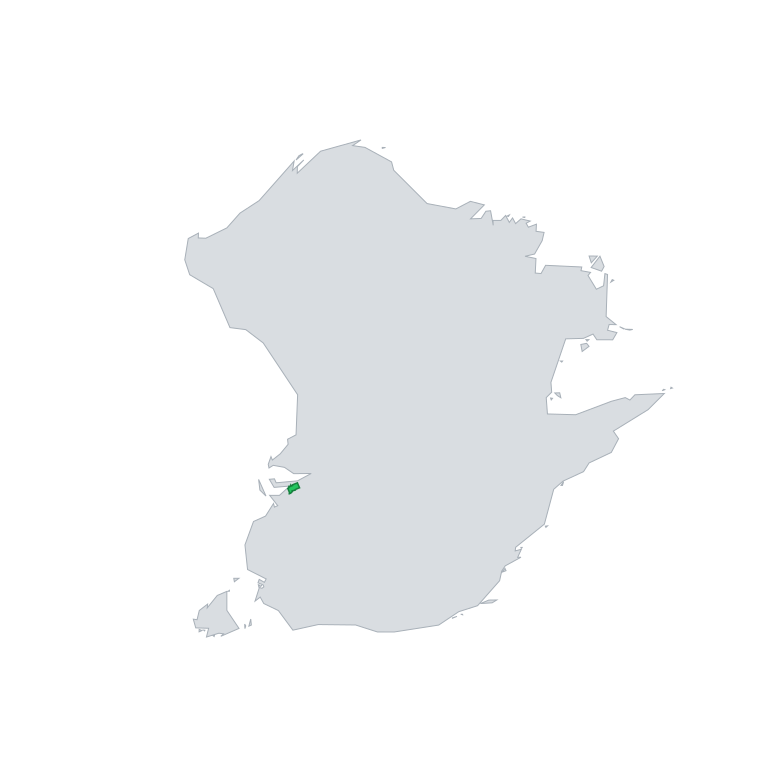 Wakefield, South Australia, Australia (highlighted), rotated 68°
{"feature_id": "25037944B28741170589797", "entity_name": "Wakefield", "entity_type": "district", "adm_level": 2, "iso_a3": "AUS", "parent_name": "Australia", "parent_adm1": "South Australia", "projection": "equal_earth", "projection_center": [138.381, -34.007], "detail": "fine", "context": "in_parent", "style": "filled", "palette": "green", "viewbox_px": 768, "rotation_deg": 68, "n_neighbors": 0, "source": "geoboundaries", "source_scale": "gbopen_adm2", "svg_char_len": 4970}
<svg xmlns="http://www.w3.org/2000/svg" viewBox="0 0 768 768"><g transform="rotate(68 384 384)"><path d="M506.7,148.7L513.6,189.0L522.6,187.0L532.6,198.9L534.0,223.4L540.0,231.8L541.1,254.4L545.2,266.1L574.0,287.8L584.7,323.1L587.9,324.9L588.7,318.6L594.8,325.0L595.9,321.9L598.0,339.7L601.6,345.0L609.7,350.5L624.6,380.3L623.1,400.0L628.0,423.6L617.8,467.2L611.5,482.9L596.8,500.6L582.4,535.1L578.1,560.7L554.5,566.8L542.5,577.7L535.2,578.6L537.0,584.9L526.0,575.8L527.7,573.7L527.1,571.4L525.0,571.3L521.1,575.3L518.4,572.9L523.1,569.2L520.6,566.3L504.9,580.0L481.1,573.2L462.6,556.5L462.1,543.3L453.4,531.2L457.1,531.7L457.0,528.1L444.4,531.7L448.1,522.7L443.3,509.6L438.7,524.6L429.4,526.0L430.9,521.1L435.2,521.0L441.4,500.5L439.7,485.0L433.3,501.3L424.0,507.5L417.9,517.2L418.8,522.1L415.1,521.4L409.0,516.0L412.7,516.0L409.9,506.4L404.0,495.5L399.1,494.1L398.2,484.6L361.6,468.1L300.7,480.6L281.8,491.8L274.0,505.7L231.6,506.6L209.9,523.2L194.2,522.2L175.8,511.0L174.6,499.5L179.0,501.5L182.1,494.6L180.4,471.2L171.6,453.5L167.2,431.1L143.6,383.8L151.8,388.9L146.2,374.4L150.0,382.9L156.1,385.5L144.4,355.6L149.1,313.9L151.2,323.8L157.5,313.0L180.9,293.8L189.5,294.9L232.8,276.5L248.6,251.8L247.0,235.5L255.5,223.9L263.3,241.9L266.9,231.9L262.0,224.8L263.3,220.3L277.8,223.3L273.2,221.6L276.1,214.4L273.3,208.1L281.1,207.3L278.2,202.6L284.6,201.9L282.2,195.1L287.7,187.4L288.2,192.0L292.7,191.4L292.9,182.8L299.4,185.8L303.4,178.8L310.4,183.7L319.9,195.7L318.4,205.4L324.6,196.1L337.8,202.2L340.4,197.0L334.5,189.7L349.6,156.8L352.7,158.9L357.9,150.7L359.8,154.2L375.7,151.6L375.2,143.6L364.4,137.8L366.2,135.7L404.7,152.8L415.9,146.6L413.2,153.0L417.9,156.6L423.6,148.8L428.7,155.4L422.7,170.1L416.0,171.5L416.4,182.0L410.2,198.6L445.0,228.6L454.4,231.6L457.4,238.7L473.0,243.7L484.3,217.8L485.2,179.7L487.0,165.4L491.0,162.0L488.0,155.4L497.8,127.7L506.7,148.7ZM517.4,607.4L535.0,614.5L556.3,610.0L556.8,629.8L555.5,626.3L553.2,630.5L552.1,643.4L544.8,638.1L539.6,649.9L530.6,648.9L532.5,645.6L524.8,640.1L522.0,630.0L525.4,631.8L517.6,617.8L517.4,607.4ZM346.4,135.9L357.5,135.9L360.9,140.0L353.6,148.3L346.4,135.9ZM425.5,536.0L443.7,535.4L435.9,538.8L425.5,536.0ZM425.9,179.8L428.1,188.1L421.1,186.7L422.2,180.9L425.9,179.8ZM623.7,376.8L623.6,367.8L626.5,360.3L627.4,365.7L623.7,376.8ZM552.0,595.6L557.8,597.3L557.9,600.0L552.0,595.6ZM345.3,138.3L349.3,146.4L342.2,145.9L345.3,138.3ZM511.3,596.8L507.9,596.1L509.8,591.3L511.3,596.8ZM463.0,225.2L459.7,227.6L456.3,229.0L458.0,224.4L463.0,225.2ZM143.4,381.7L140.5,377.4L140.0,373.3L140.4,373.1L143.4,381.7ZM556.5,602.8L558.7,604.6L554.4,603.1L556.5,602.8ZM600.3,340.9L602.8,340.8L602.7,344.8L600.3,340.9ZM541.9,254.1L544.9,256.5L544.3,257.9L541.9,254.1ZM544.4,645.1L544.5,648.3L542.3,647.3L544.4,645.1ZM626.8,403.4L626.8,408.3L626.5,408.2L626.8,403.4ZM374.5,135.5L372.7,133.3L373.9,132.1L374.5,135.5ZM426.1,135.9L423.4,140.1L426.6,132.9L426.1,135.9ZM627.5,397.5L626.2,399.1L627.0,397.4L627.5,397.5ZM430.3,211.0L428.8,211.8L429.6,209.8L430.3,211.0ZM420.4,179.6L418.5,180.1L419.6,177.5L420.4,179.6ZM165.3,294.0L164.9,297.3L164.0,297.0L165.3,294.0ZM494.5,125.8L494.4,128.6L493.7,126.6L494.5,125.8ZM525.0,572.6L525.4,574.1L524.8,573.6L525.0,572.6ZM422.7,141.2L419.1,144.1L422.8,140.5L422.7,141.2ZM282.4,191.1L281.1,193.1L281.9,190.8L282.4,191.1ZM545.7,642.8L544.6,643.4L545.2,642.3L545.7,642.8ZM461.4,234.9L459.4,234.8L460.4,233.1L461.4,234.9ZM275.3,205.9L274.4,206.9L274.2,204.4L275.3,205.9ZM554.5,636.1L552.9,637.0L553.5,635.3L554.5,636.1ZM495.8,118.1L495.6,120.0L494.5,119.1L495.8,118.1ZM524.0,574.6L525.5,576.1L523.0,575.7L524.0,574.6ZM577.6,287.6L576.2,287.7L576.8,285.5L577.6,287.6ZM587.6,318.3L586.8,318.3L587.4,316.7L587.6,318.3ZM518.2,604.9L517.8,606.2L517.4,604.6L518.2,604.9Z" fill="#d9dde1" stroke="#a8b0b8" stroke-width="1"/><path d="M449.5,513.0L449.5,512.9L449.8,512.9L449.9,512.7L450.0,512.6L450.3,512.6L450.3,512.4L450.2,512.4L450.1,512.2L450.2,512.3L450.2,512.2L450.3,512.0L450.3,511.8L450.3,511.7L450.2,511.6L450.2,511.4L450.2,511.2L450.1,510.9L450.0,510.7L450.0,510.4L449.9,510.3L449.7,510.3L449.6,510.1L449.6,509.8L449.5,509.6L449.4,509.5L449.3,509.2L449.2,509.2L449.1,509.3L449.0,509.2L448.9,509.2L448.7,509.2L448.8,508.1L448.9,507.8L449.0,506.9L449.1,506.6L449.1,506.2L448.8,506.3L448.7,505.7L448.6,505.1L448.6,504.8L448.4,503.9L448.6,503.8L448.6,503.7L448.5,503.4L448.6,503.2L448.6,502.9L448.6,502.7L448.5,502.1L448.5,501.9L448.6,501.7L448.6,501.4L448.6,501.2L448.1,501.3L448.0,501.2L445.6,501.3L443.2,501.3L443.2,503.1L443.2,506.9L443.9,506.9L443.9,508.4L443.6,508.4L443.6,508.7L443.7,508.8L443.7,509.1L443.3,509.0L443.5,509.2L443.5,509.3L443.6,509.5L443.8,509.8L443.9,510.0L444.0,510.0L444.1,510.3L444.1,510.5L444.2,510.8L444.1,511.0L443.9,511.0L444.0,511.1L444.3,511.2L444.5,511.2L444.5,511.3L444.6,511.5L444.8,511.7L444.8,511.8L444.9,512.0L444.9,512.3L445.5,512.3L445.8,512.3L446.9,512.3L449.3,512.3L449.5,513.0L449.5,513.0Z" fill="#22c55e" stroke="#15803d" stroke-width="1.5"/></g></svg>